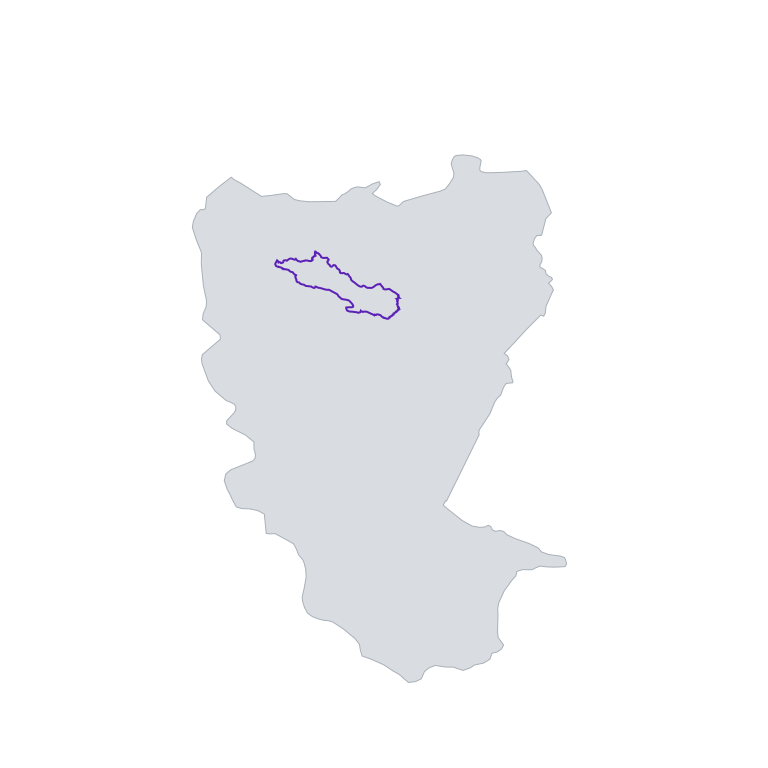 Namentenga, Namentenga, Burkina Faso (highlighted), rotated 297°
{"feature_id": "67063806B10845212636131", "entity_name": "Namentenga", "entity_type": "district", "adm_level": 2, "iso_a3": "BFA", "parent_name": "Burkina Faso", "parent_adm1": "Namentenga", "projection": "equal_earth", "projection_center": [-0.49, 13.239], "detail": "fine", "context": "in_parent", "style": "outline", "palette": "violet", "viewbox_px": 768, "rotation_deg": 297, "n_neighbors": 0, "source": "geoboundaries", "source_scale": "gbopen_adm2", "svg_char_len": 8988}
<svg xmlns="http://www.w3.org/2000/svg" viewBox="0 0 768 768"><g transform="rotate(297 384 384)"><path d="M543.2,492.2L526.6,493.1L520.6,495.5L516.9,495.5L516.8,493.5L516.4,492.3L495.4,485.6L480.8,481.6L465.9,477.2L465.1,481.3L462.9,484.0L459.7,484.2L457.5,483.6L456.0,486.8L453.5,491.0L450.1,493.0L446.7,495.7L444.8,497.9L443.4,498.0L440.0,492.6L435.5,492.0L427.1,493.0L423.3,491.5L418.1,490.8L405.8,491.9L386.2,489.7L383.0,490.9L382.2,491.8L362.8,492.1L341.5,492.4L323.6,492.6L308.0,492.8L308.0,491.9L303.0,491.8L302.4,493.6L297.9,515.2L297.4,527.0L299.7,534.3L302.4,538.9L305.3,540.9L305.6,543.5L303.2,546.9L303.4,550.4L306.2,553.9L306.9,557.7L305.5,561.7L305.8,571.2L307.8,586.2L307.9,596.0L305.9,600.5L306.8,608.1L310.6,618.9L311.3,623.4L309.9,625.5L306.7,628.3L303.5,628.3L299.7,621.7L298.1,618.8L295.0,612.2L292.5,605.5L289.0,602.6L285.5,599.9L281.4,591.5L277.3,587.5L273.1,588.6L266.8,587.0L254.3,585.0L240.8,585.6L235.1,587.5L229.6,590.6L215.5,597.3L210.0,600.7L205.7,609.1L201.0,608.9L196.2,606.2L193.2,602.4L186.8,603.3L180.6,599.5L174.7,592.2L170.3,589.8L164.7,584.5L163.2,574.3L159.7,567.2L156.5,557.4L151.6,553.0L146.0,550.6L138.3,551.1L133.2,547.2L129.2,541.4L130.3,536.4L132.2,529.3L132.4,522.5L133.7,511.5L133.0,497.6L131.7,488.0L136.0,483.9L140.9,480.3L144.0,473.8L147.3,459.1L148.7,446.4L147.8,441.7L146.2,437.9L144.9,432.5L144.2,425.8L145.1,419.9L148.9,414.5L153.6,410.0L156.9,407.9L165.7,405.6L176.7,402.3L183.1,398.5L187.8,394.6L190.4,391.6L193.0,385.5L197.3,380.7L200.6,375.8L201.1,362.4L201.2,354.8L198.7,350.5L197.4,346.9L213.8,336.4L213.9,329.0L211.7,320.8L208.5,314.1L207.4,308.3L211.9,301.6L216.0,296.5L218.9,292.2L225.3,285.6L232.0,283.9L238.0,286.4L255.7,301.9L258.8,302.9L262.5,301.7L267.2,297.6L273.3,294.4L275.6,284.0L275.5,268.8L276.9,261.8L280.1,260.6L290.3,263.5L293.0,263.7L295.9,262.7L298.1,260.0L298.0,255.1L297.6,250.8L301.0,236.6L307.1,226.0L319.4,212.8L323.3,210.1L327.7,208.8L349.7,217.9L353.3,215.6L358.8,193.1L364.7,190.9L371.9,190.5L376.6,188.6L379.0,187.0L389.5,178.5L407.9,166.8L417.9,161.9L419.8,160.0L426.9,151.7L436.4,142.2L442.4,140.3L450.7,139.7L455.9,141.2L457.3,143.9L459.0,145.3L469.9,141.2L485.4,147.6L498.9,154.0L498.0,157.9L497.9,165.0L496.8,176.2L495.5,189.6L501.0,198.2L507.7,207.6L509.5,211.2L507.7,220.4L509.0,225.8L512.5,234.8L518.5,246.2L524.7,257.9L528.9,259.5L533.0,260.4L535.4,262.5L539.0,264.6L542.6,265.9L545.7,268.5L547.7,271.0L550.3,278.3L557.2,283.0L562.1,287.8L560.1,290.2L554.1,289.2L548.4,287.1L547.7,290.6L547.5,303.9L548.4,315.0L549.8,316.5L555.5,318.5L569.1,332.9L581.4,346.6L585.6,350.1L592.4,351.5L600.0,352.0L603.3,350.8L610.7,343.9L614.6,343.1L618.2,343.3L620.2,344.4L623.8,350.0L627.1,358.5L628.1,364.7L627.8,368.1L626.7,369.4L620.6,371.0L618.0,372.3L617.4,374.1L618.3,378.3L619.5,381.0L626.2,393.2L635.8,409.7L638.8,413.9L637.1,418.9L632.3,431.8L628.7,437.1L612.6,455.4L604.7,453.2L588.1,456.9L585.6,452.7L581.8,452.2L577.0,452.9L575.2,454.5L574.7,456.3L573.0,458.8L570.0,466.1L567.6,467.9L564.6,469.0L561.0,468.9L558.9,469.8L558.9,473.4L558.3,476.5L555.8,478.1L554.8,481.6L555.0,485.0L553.6,486.6L550.5,485.7L548.6,484.8L546.9,489.2L544.7,492.3L543.2,492.2Z" fill="#d9dde1" stroke="#a8b0b8" stroke-width="1"/><path d="M470.0,274.7L469.4,274.1L469.1,273.2L468.6,272.2L468.5,271.0L468.5,270.6L468.5,270.4L468.7,270.2L469.0,270.0L469.4,269.5L469.6,268.9L470.1,267.9L470.1,267.3L470.5,266.9L470.6,266.5L470.5,266.4L470.6,266.1L470.5,265.6L470.3,265.4L470.1,264.9L470.5,264.3L470.5,263.9L470.9,263.2L470.9,262.8L470.8,262.5L470.7,262.5L470.4,262.5L470.1,262.8L469.3,263.0L468.1,263.6L467.7,264.1L467.3,264.7L467.1,264.8L466.8,264.5L466.5,264.0L466.4,263.9L465.8,263.7L465.5,263.3L464.5,263.4L464.2,262.8L463.7,262.7L463.0,263.1L462.6,263.5L462.4,263.5L461.8,263.3L461.6,263.4L461.7,263.9L460.7,263.5L460.3,263.0L459.8,262.0L459.3,260.2L459.1,259.3L458.4,257.8L457.5,257.1L457.0,256.2L455.0,254.2L454.9,254.0L455.0,253.2L454.7,252.4L454.5,251.2L454.6,250.7L455.0,249.7L455.5,248.6L455.1,248.5L454.7,248.5L454.5,248.4L454.1,247.8L453.9,245.2L453.5,244.2L453.2,243.6L452.9,243.2L451.4,242.2L449.9,241.6L449.7,241.4L449.7,241.1L449.7,240.5L449.6,240.2L449.4,239.8L449.1,239.3L448.5,238.7L448.2,238.5L447.9,238.5L447.2,238.9L446.2,238.8L446.0,238.7L445.8,238.1L445.0,237.5L444.9,237.0L445.0,236.7L445.3,236.2L445.2,235.5L444.9,235.1L444.7,235.0L444.4,234.8L444.8,234.4L444.9,234.5L445.3,234.0L445.4,233.3L445.3,233.0L445.5,232.6L442.0,232.5L441.2,232.8L441.0,233.0L440.7,233.6L440.2,234.1L440.2,235.6L440.3,236.4L440.3,236.8L440.5,236.9L440.7,237.0L440.8,238.1L440.8,238.6L441.1,239.3L441.0,240.4L440.9,240.5L441.0,240.6L440.6,241.7L441.0,241.7L441.0,241.9L441.1,242.2L441.1,242.6L441.2,243.5L441.5,244.2L441.8,245.4L442.2,246.4L442.3,247.3L442.2,247.7L442.0,247.9L441.9,248.3L441.7,249.0L441.7,249.5L441.7,250.2L442.1,251.5L442.1,252.1L441.5,253.1L441.0,254.7L441.0,255.1L441.1,255.6L441.0,256.4L440.9,256.4L440.5,256.2L440.3,256.1L439.3,256.2L438.8,256.7L438.7,257.0L438.4,257.2L438.0,257.4L437.8,257.8L437.5,258.1L437.1,258.7L436.8,258.9L436.3,259.0L435.7,259.8L435.5,260.5L435.5,260.9L435.9,262.1L435.9,262.5L435.8,262.8L435.5,263.5L435.3,264.2L435.6,265.7L436.1,267.6L436.1,268.3L435.9,269.2L435.9,269.8L437.8,274.9L437.6,276.3L437.7,277.1L437.8,278.0L438.1,278.4L438.3,278.6L438.6,278.7L439.7,278.6L439.8,278.8L439.9,280.0L439.8,281.1L440.5,283.4L441.2,286.8L441.3,287.7L441.8,289.7L441.9,290.1L442.9,292.0L443.0,292.7L442.9,295.8L442.8,301.3L442.6,301.9L441.4,304.0L441.2,305.3L440.7,306.9L440.6,307.8L441.0,309.4L441.9,312.0L442.4,314.2L442.4,315.2L441.9,316.7L441.5,317.9L441.3,318.3L441.2,318.6L441.0,319.0L440.7,319.8L439.9,320.8L439.2,321.4L438.8,321.4L438.3,321.1L438.1,320.9L437.4,319.8L436.8,318.7L436.7,318.3L435.2,315.9L435.0,315.6L434.5,315.8L432.9,317.4L432.7,317.7L432.7,318.1L432.9,320.0L433.0,320.6L434.3,323.6L434.9,325.6L435.6,327.1L435.7,328.5L435.8,328.8L436.7,329.8L437.2,330.3L437.6,330.1L438.3,330.2L438.7,330.1L438.5,330.7L438.5,331.2L438.6,331.7L438.6,332.5L439.5,333.3L439.5,333.6L440.3,335.0L440.5,335.7L440.7,336.7L440.6,337.7L440.8,339.3L440.7,340.0L440.9,342.9L440.8,344.3L441.7,344.4L441.6,344.9L441.8,345.5L442.8,346.0L443.0,346.3L443.0,346.5L443.3,347.1L443.4,348.2L443.6,348.6L443.7,349.4L443.5,350.4L443.1,351.1L443.0,351.4L443.1,352.7L442.8,353.1L442.9,353.5L443.1,354.0L442.9,354.2L443.2,354.8L443.2,355.5L443.4,356.2L443.5,357.1L443.8,357.6L444.0,358.0L444.3,358.3L444.7,358.2L445.6,358.8L446.1,358.6L446.2,358.9L446.6,358.8L447.1,359.3L447.3,359.2L447.5,359.3L448.5,360.2L448.8,360.0L449.2,360.2L449.5,360.4L450.0,360.6L450.0,360.9L450.1,361.0L450.4,360.8L450.5,360.6L450.8,360.5L450.9,360.8L451.4,361.0L451.7,361.1L452.2,361.0L453.0,361.9L453.5,362.1L453.6,361.8L453.9,361.7L454.0,361.8L454.3,362.2L454.4,362.4L454.7,362.3L455.2,362.7L455.4,362.8L455.6,362.6L455.9,362.7L456.2,362.7L456.6,363.3L456.9,363.2L457.2,363.3L457.4,363.1L457.4,363.4L457.7,363.6L457.8,363.3L457.7,362.9L458.0,363.0L458.2,362.6L458.3,362.7L458.7,362.8L458.9,362.7L459.0,362.5L459.1,362.0L459.3,361.7L459.4,361.0L459.6,360.9L459.8,360.6L460.5,360.3L460.7,359.9L461.5,359.8L461.7,359.5L461.6,359.3L461.8,359.3L462.2,359.5L462.5,359.1L462.8,359.0L463.1,358.8L463.5,358.8L463.6,358.6L463.7,358.0L464.0,357.9L464.0,358.1L464.3,358.2L464.7,358.0L464.9,357.8L465.0,357.9L465.2,357.4L465.3,357.8L465.5,357.8L465.5,357.7L465.5,357.4L465.6,357.1L465.9,356.9L466.0,357.0L466.3,357.2L466.2,357.4L466.4,357.5L466.4,357.8L466.6,357.8L466.6,357.6L467.0,357.5L467.1,357.9L467.4,357.9L467.5,358.1L467.6,357.4L467.9,357.3L468.1,357.2L468.3,357.4L468.6,356.7L468.9,356.8L469.1,356.9L469.3,356.7L469.7,356.7L469.9,356.3L469.9,356.0L469.6,355.9L469.9,355.3L469.9,355.2L470.0,354.7L470.4,352.9L470.5,349.9L471.1,345.4L470.5,344.6L469.4,343.2L468.9,342.3L468.6,341.4L468.5,341.0L468.5,340.3L469.3,339.7L469.5,339.4L469.9,338.2L470.4,337.3L470.5,336.8L470.8,336.4L471.0,336.0L471.2,335.7L471.3,335.4L471.4,335.0L471.2,334.9L470.8,334.4L470.6,334.3L470.3,333.9L470.2,333.4L469.1,332.4L467.5,331.4L465.8,330.7L464.5,329.8L463.8,329.0L462.5,326.3L462.1,325.3L462.1,324.7L462.4,322.9L462.4,322.0L462.3,320.9L461.9,320.6L460.9,320.2L460.4,319.7L460.3,319.4L460.0,318.6L460.0,316.5L460.5,313.8L460.9,312.2L461.3,309.4L461.6,308.2L461.9,307.5L462.2,307.0L463.0,306.6L463.7,305.7L463.9,305.2L464.1,304.2L465.4,302.3L465.5,301.7L465.1,301.5L464.7,300.9L464.6,300.6L464.7,297.9L464.4,297.4L463.9,296.7L463.6,296.0L463.1,295.1L463.1,294.9L463.6,293.9L464.2,293.7L464.5,293.5L464.6,293.2L465.4,292.4L465.6,291.8L465.5,291.4L465.6,290.3L465.7,290.2L465.7,289.7L466.1,289.2L466.2,288.9L466.5,288.6L466.7,288.2L467.4,287.2L467.6,286.7L467.3,286.0L467.2,285.5L467.0,285.0L465.1,284.4L464.8,284.1L464.6,283.8L464.5,283.0L464.7,282.4L465.4,281.6L465.5,281.4L465.5,280.5L465.9,279.6L466.5,278.6L467.0,278.1L467.3,278.0L467.6,278.0L468.1,278.2L468.4,278.1L468.6,278.2L469.5,278.3L469.9,278.1L470.0,277.5L470.2,277.0L470.2,276.8L470.2,276.6L470.4,276.4L470.6,276.0L470.0,274.7Z" fill="none" stroke="#5b21b6" stroke-width="2"/></g></svg>